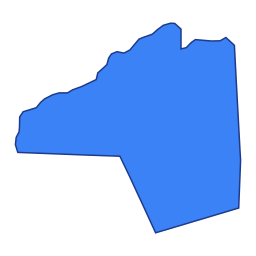 Lajes Pintadas, Rio Grande do Norte, Brazil (Natural Earth projection)
{"feature_id": "56859067B10591295929522", "entity_name": "Lajes Pintadas", "entity_type": "district", "adm_level": 2, "iso_a3": "BRA", "parent_name": "Brazil", "parent_adm1": "Rio Grande do Norte", "projection": "natural_earth1", "projection_center": [-36.154, -6.15], "detail": "fine", "context": "isolated", "style": "filled", "palette": "blue", "viewbox_px": 256, "rotation_deg": 0, "n_neighbors": 0, "source": "geoboundaries", "source_scale": "gbopen_adm2", "svg_char_len": 694}
<svg xmlns="http://www.w3.org/2000/svg" viewBox="0 0 256 256"><path d="M155.6,232.8L238.7,208.0L240.6,160.2L240.0,150.4L236.0,76.4L234.4,45.3L225.9,37.5L220.1,40.8L211.2,41.0L195.4,39.6L191.4,42.4L186.2,47.7L181.0,48.9L181.0,29.1L174.7,23.4L170.5,23.2L163.3,25.3L157.9,29.3L152.3,34.2L143.7,37.2L139.0,39.1L130.0,49.9L124.0,53.1L117.0,51.7L111.5,53.9L108.7,58.0L106.9,64.6L102.4,68.8L97.8,72.9L96.2,79.6L81.2,86.7L72.6,89.8L67.5,92.9L59.1,92.9L52.6,94.8L44.7,98.8L40.7,102.3L36.3,107.7L23.2,111.7L19.7,116.9L19.5,126.4L19.1,131.8L16.2,137.4L15.4,144.7L17.8,152.4L85.2,155.0L119.9,156.2L130.2,177.7L137.2,192.9L141.1,201.2L155.6,232.8Z" fill="#3b82f6" stroke="#1e3a8a" stroke-width="1.5"/></svg>